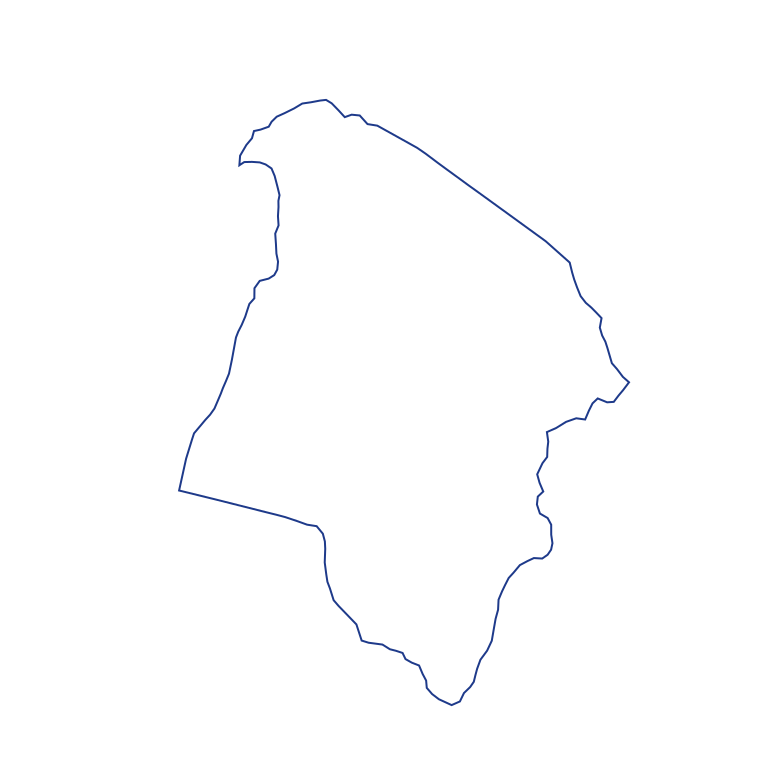 the district of Magé, Rio de Janeiro, Brazil, rotated 310°
{"feature_id": "56859067B89003269813909", "entity_name": "Magé", "entity_type": "district", "adm_level": 2, "iso_a3": "BRA", "parent_name": "Brazil", "parent_adm1": "Rio de Janeiro", "projection": "albers", "projection_center": [-43.116, -22.606], "detail": "fine", "context": "isolated", "style": "outline", "palette": "blue", "viewbox_px": 768, "rotation_deg": 310, "n_neighbors": 0, "source": "geoboundaries", "source_scale": "gbopen_adm2", "svg_char_len": 2230}
<svg xmlns="http://www.w3.org/2000/svg" viewBox="0 0 768 768"><g transform="rotate(310 384 384)"><path d="M189.6,646.2L198.7,643.9L207.2,644.8L213.6,644.2L219.9,641.1L225.7,638.4L234.8,635.1L246.0,634.4L256.6,631.6L266.9,625.6L275.9,620.4L284.4,616.5L292.4,610.4L301.1,607.7L307.8,606.0L315.6,604.2L322.4,604.5L332.6,604.5L340.5,607.7L347.0,610.7L352.0,617.4L358.4,619.1L364.5,618.5L370.3,615.4L376.0,609.0L383.7,602.5L386.5,595.5L385.0,586.7L390.0,578.6L396.6,574.2L404.0,575.1L408.3,566.7L413.3,559.4L425.2,556.3L433.0,555.9L439.5,550.8L445.4,546.9L451.9,539.7L460.8,544.1L472.0,547.8L481.3,553.3L486.1,560.9L495.3,558.1L503.2,556.2L510.3,557.0L513.4,566.7L518.0,571.5L525.9,571.1L533.1,571.1L542.8,570.6L543.0,562.4L545.2,552.9L546.4,545.2L551.0,538.3L555.2,532.0L558.7,526.4L561.4,519.9L565.9,513.1L574.3,508.3L575.2,500.2L575.8,493.9L575.9,486.4L577.7,478.1L582.1,469.8L586.4,462.4L590.4,456.4L596.4,448.2L597.3,416.1L593.3,359.1L591.5,333.8L590.5,320.6L589.3,302.6L588.7,293.9L588.0,283.1L587.2,267.9L586.2,257.5L577.6,212.8L572.5,204.3L574.1,192.8L569.5,186.1L563.2,182.4L564.4,173.3L565.4,163.5L564.4,157.0L560.1,152.9L552.8,146.9L546.3,141.1L537.3,138.0L527.5,133.7L519.8,130.0L512.7,129.3L507.0,130.3L499.5,125.9L494.2,121.8L487.4,124.9L478.7,124.9L466.4,127.0L458.6,132.6L464.2,134.3L469.3,140.1L473.9,146.4L476.1,152.2L476.8,159.3L473.1,166.5L466.7,175.5L461.5,182.6L456.4,185.4L451.8,189.4L444.4,194.9L437.7,201.3L429.3,204.0L421.5,211.5L414.7,217.8L409.6,224.2L403.0,228.7L396.9,229.9L390.6,227.9L383.1,222.5L374.1,223.2L366.3,229.6L358.8,229.4L352.3,232.0L346.4,234.4L337.8,237.0L330.4,238.7L324.5,240.7L304.8,251.9L292.3,258.6L284.5,261.1L277.1,263.3L271.7,265.2L264.5,267.4L256.2,269.9L248.6,270.5L241.8,270.2L224.1,270.2L218.1,272.6L199.6,280.4L170.7,295.5L186.9,328.4L209.8,375.7L214.7,385.7L218.5,393.8L223.2,405.7L226.8,415.5L231.8,423.8L230.0,433.4L225.4,439.9L220.0,444.9L209.2,453.3L201.1,462.1L196.1,467.8L192.7,473.9L186.0,484.4L184.8,491.8L182.1,517.4L173.1,531.8L175.9,538.5L183.4,550.3L184.6,559.0L187.3,564.6L189.9,571.1L187.1,577.3L188.4,584.4L190.9,591.8L186.7,600.0L183.9,606.9L178.7,612.1L177.4,620.2L177.8,628.7L181.5,642.2L189.6,646.2Z" fill="none" stroke="#1e3a8a" stroke-width="2"/></g></svg>